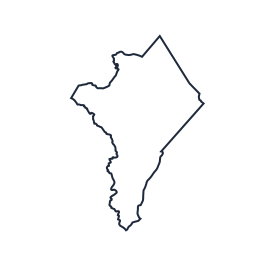 outline of San Jeronimo, Copán, Honduras, rotated 109°
{"feature_id": "27666195B76095936312839", "entity_name": "San Jeronimo", "entity_type": "district", "adm_level": 2, "iso_a3": "HND", "parent_name": "Honduras", "parent_adm1": "Copán", "projection": "orthographic", "projection_center": [-88.881, 14.954], "detail": "fine", "context": "isolated", "style": "outline", "palette": "slate", "viewbox_px": 256, "rotation_deg": 109, "n_neighbors": 0, "source": "geoboundaries", "source_scale": "gbopen_adm2", "svg_char_len": 5794}
<svg xmlns="http://www.w3.org/2000/svg" viewBox="0 0 256 256"><g transform="rotate(109 128 128)"><path d="M118.3,191.5L118.4,190.3L118.6,189.2L118.9,188.5L119.1,187.8L120.8,185.2L121.4,184.4L122.0,183.8L122.2,183.4L122.2,183.1L121.9,182.5L121.7,181.9L121.6,181.2L121.7,179.9L121.5,179.4L121.2,178.6L121.0,178.0L120.9,177.3L121.0,176.8L121.2,176.6L121.4,176.6L121.7,176.7L121.9,176.6L122.0,176.3L122.0,175.9L122.0,175.7L122.5,175.3L122.7,175.1L122.7,174.8L122.6,174.4L122.6,174.2L123.0,173.7L123.1,173.4L122.9,173.1L123.0,172.9L123.5,172.9L123.7,172.7L126.6,169.3L126.9,168.6L126.9,168.3L126.6,167.8L126.3,167.7L125.8,167.7L125.7,167.7L125.5,167.2L125.6,166.1L126.0,164.6L126.2,164.3L126.6,164.3L127.5,164.5L128.3,164.9L130.1,164.1L130.8,164.0L131.1,163.8L131.6,163.3L131.9,163.0L133.1,162.3L134.8,161.3L134.8,161.1L134.5,161.0L134.4,160.8L134.4,160.1L134.6,159.4L134.9,158.6L135.2,158.4L135.6,158.2L135.8,157.6L135.7,156.6L136.0,154.8L135.9,153.9L136.1,153.3L136.3,152.8L136.9,152.0L139.3,148.7L139.4,148.3L139.4,147.6L139.5,147.2L139.8,146.9L140.4,146.7L140.5,146.5L140.6,146.3L140.2,143.1L140.3,142.2L140.5,141.8L140.7,141.6L141.1,141.4L141.9,141.4L142.4,141.2L142.7,140.9L143.3,140.1L143.8,139.5L144.6,138.9L145.3,138.4L146.0,138.1L146.3,138.1L146.6,138.3L146.8,138.2L147.8,137.2L148.2,136.4L148.4,135.9L149.5,134.6L150.2,133.8L151.0,133.4L152.2,132.8L153.3,132.5L153.6,132.3L154.1,131.3L154.6,130.6L155.0,130.4L155.7,130.6L156.2,130.4L156.7,130.1L157.1,129.5L157.3,129.2L158.2,128.7L158.5,128.7L158.8,128.8L159.2,129.1L159.6,129.5L160.0,130.2L160.4,131.0L160.5,131.5L160.4,132.2L160.6,132.7L160.9,133.0L161.2,133.1L161.4,133.0L161.7,132.6L161.9,132.6L162.1,132.7L162.6,133.8L163.0,134.9L163.3,135.4L163.5,135.4L164.0,135.1L165.5,133.4L165.8,133.2L166.0,133.2L166.3,133.2L166.5,133.4L167.7,134.7L167.9,134.7L168.3,134.5L169.0,134.2L169.7,133.7L169.9,133.7L170.1,133.7L170.2,133.8L170.4,134.5L170.7,134.8L171.5,135.0L172.3,135.1L172.8,134.9L173.5,134.4L173.7,134.1L174.1,133.4L174.6,132.9L174.9,132.9L175.0,132.9L175.2,133.2L175.3,133.3L175.5,133.2L175.6,132.7L175.6,132.2L175.7,131.8L176.2,131.4L176.7,130.8L176.7,130.6L176.5,130.1L176.5,129.7L176.5,129.0L176.7,128.8L177.1,128.5L180.5,126.2L181.3,125.3L182.2,124.3L183.0,123.6L183.4,123.3L184.2,123.0L185.1,122.9L186.8,123.2L189.0,124.0L189.8,124.1L190.4,124.2L190.9,124.1L191.3,124.0L191.7,123.8L191.8,123.6L191.9,123.4L191.8,122.8L191.5,122.1L190.9,121.3L190.8,121.0L190.8,120.6L191.0,119.6L191.3,118.8L191.7,118.2L192.2,117.9L192.6,117.7L193.0,117.8L193.8,118.2L195.5,119.3L197.9,121.3L198.6,121.7L199.1,121.9L199.5,121.9L199.9,121.5L200.1,121.2L200.2,120.7L200.3,120.5L200.5,120.3L200.8,120.2L201.1,120.1L201.5,120.2L201.8,120.4L202.2,121.0L202.6,121.1L202.9,121.2L204.1,121.0L207.0,120.4L207.5,119.5L207.7,118.6L207.9,118.2L208.2,118.0L208.7,118.0L208.9,117.9L209.1,115.6L209.1,114.7L209.1,114.4L209.7,113.9L210.1,113.3L210.6,112.7L210.8,112.2L210.8,111.9L210.2,111.2L209.9,110.4L209.8,109.8L209.9,109.4L210.3,109.2L210.8,109.1L212.7,109.3L213.6,109.3L213.8,109.2L213.9,108.8L213.8,108.5L213.8,108.2L214.1,107.9L214.7,107.8L217.1,107.7L217.7,107.6L217.7,106.6L217.8,105.9L217.9,105.6L218.2,105.4L218.8,105.2L219.7,105.4L220.5,105.3L221.5,105.1L222.0,104.8L222.5,104.2L222.9,103.5L223.1,102.8L223.4,101.0L223.9,99.2L224.5,97.9L225.3,96.6L225.1,96.5L224.7,96.0L224.2,95.7L223.6,95.6L222.5,95.5L221.3,95.2L220.6,94.9L219.7,94.2L219.1,93.8L217.5,93.3L216.3,93.1L215.9,93.0L215.7,92.7L214.5,91.1L213.7,90.0L212.9,88.6L212.6,88.2L211.0,87.3L209.7,86.7L209.3,87.9L209.0,88.4L207.5,89.8L206.1,91.0L205.2,91.4L201.9,92.1L199.5,92.9L198.8,93.0L198.5,93.0L198.2,92.8L197.5,92.3L197.2,91.8L197.0,91.2L196.7,90.9L194.3,90.6L192.1,90.3L191.1,90.4L190.0,90.6L187.3,91.5L181.9,93.0L181.2,92.9L179.6,92.6L178.2,92.5L175.4,92.5L174.6,92.5L173.5,92.7L172.4,92.6L171.7,92.5L171.1,92.3L168.6,91.1L166.5,90.3L164.8,89.8L161.4,88.9L160.6,88.6L159.4,88.0L158.3,87.7L157.0,87.3L156.1,87.2L150.0,86.9L147.7,87.4L145.8,87.9L145.2,87.9L144.5,87.9L144.1,87.8L143.1,87.2L142.5,87.0L141.6,86.8L140.9,86.8L140.5,86.9L139.9,87.1L139.6,87.4L139.3,87.7L139.4,89.0L80.2,64.5L79.8,65.6L79.1,67.6L78.9,67.8L78.6,68.0L78.4,68.1L78.1,69.6L78.0,69.8L76.6,70.6L75.4,71.2L73.4,71.5L72.3,71.5L65.8,84.4L30.7,127.9L56.1,137.9L55.9,140.0L55.9,143.1L56.2,146.4L56.3,146.8L56.6,147.3L58.1,149.6L58.7,150.7L58.8,151.2L59.4,154.0L59.4,154.9L59.3,155.6L59.1,156.1L58.6,156.8L58.2,157.7L58.0,158.7L58.1,159.5L58.4,160.0L58.8,160.7L59.0,160.9L59.4,161.1L59.8,161.5L60.1,161.8L60.4,162.4L60.7,162.7L61.3,163.0L62.2,163.1L62.8,163.6L63.9,165.6L64.2,166.1L64.4,166.2L64.6,166.3L64.8,166.3L65.3,166.0L66.7,164.1L66.9,163.9L67.7,163.8L68.4,163.3L68.8,163.2L69.4,163.2L69.6,163.3L69.9,163.5L70.1,163.4L70.5,162.5L71.0,162.2L71.3,162.0L72.0,161.0L72.4,160.2L72.5,159.9L72.4,159.8L72.2,159.8L71.9,160.0L71.7,160.0L71.3,159.8L71.1,159.4L71.0,159.1L71.1,158.7L71.3,158.4L71.6,158.2L72.0,158.0L72.4,157.9L72.7,158.0L73.0,158.2L73.2,158.4L73.2,158.7L73.2,158.9L72.9,159.1L72.9,159.3L73.0,159.5L73.5,159.3L73.9,158.9L73.9,158.5L73.7,158.1L73.8,157.9L74.0,157.8L74.3,157.8L74.5,158.0L75.3,159.3L75.5,159.1L75.5,158.8L75.4,157.7L75.4,156.6L75.5,156.2L75.8,156.0L76.1,156.0L78.1,156.6L80.8,156.6L81.5,156.6L82.3,156.7L82.8,156.8L83.7,157.3L88.2,158.6L89.9,159.3L91.1,159.8L91.9,159.8L92.6,159.7L93.7,159.5L93.9,159.5L94.1,159.6L94.5,160.0L95.5,160.8L96.4,161.9L97.2,162.6L97.9,163.6L98.5,164.2L98.7,164.5L99.2,166.7L99.6,167.8L100.1,169.0L100.2,169.3L100.2,169.9L100.0,170.6L99.8,171.2L99.5,171.4L98.9,171.9L98.6,172.2L98.4,172.6L98.5,173.0L98.7,173.5L98.8,174.0L98.8,175.8L98.7,175.9L98.2,175.9L97.7,176.3L97.5,176.7L97.4,177.2L98.0,178.7L98.7,180.2L99.0,180.6L99.7,181.1L100.2,181.7L102.1,185.4L102.9,186.3L103.3,187.3L104.0,188.5L118.3,191.5Z" fill="none" stroke="#1e293b" stroke-width="2"/></g></svg>